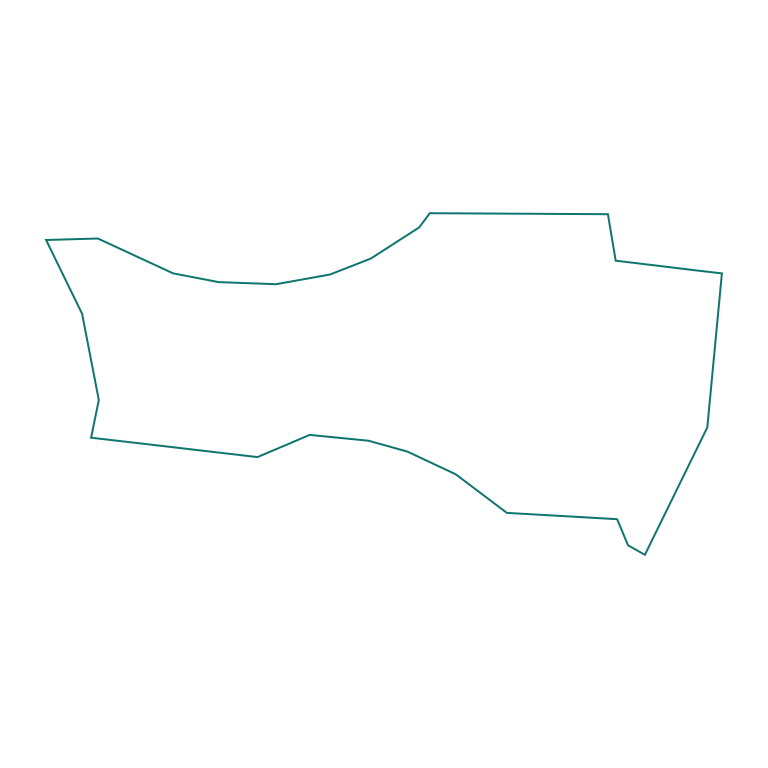 the district of Houston, Tennessee, United States of America
{"feature_id": "52423323B25005829455001", "entity_name": "Houston", "entity_type": "district", "adm_level": 2, "iso_a3": "USA", "parent_name": "United States of America", "parent_adm1": "Tennessee", "projection": "mercator", "projection_center": [-87.736, 36.273], "detail": "fine", "context": "isolated", "style": "outline", "palette": "teal", "viewbox_px": 768, "rotation_deg": 0, "n_neighbors": 0, "source": "geoboundaries", "source_scale": "gbopen_adm2", "svg_char_len": 446}
<svg xmlns="http://www.w3.org/2000/svg" viewBox="0 0 768 768"><path d="M607.9,214.2L429.8,213.2L419.2,227.4L370.9,258.5L330.0,274.5L276.0,284.2L218.5,282.1L173.2,273.4L97.8,238.5L46.1,240.0L82.1,313.8L98.8,400.0L91.1,437.7L257.4,457.1L309.7,434.9L368.3,440.7L407.4,451.6L455.7,474.3L506.9,512.9L617.1,519.2L628.1,545.4L644.9,554.8L707.3,427.4L721.9,273.4L696.9,270.5L615.7,260.7L607.9,214.2Z" fill="none" stroke="#0f766e" stroke-width="2"/></svg>